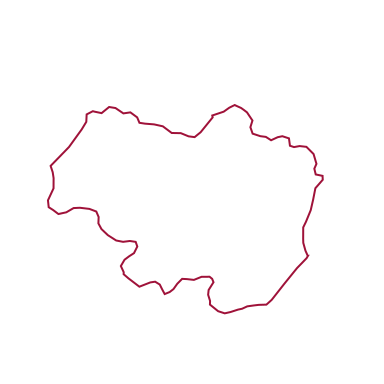 outline of Ljungby, Kronoberg, Sweden, rotated 39°
{"feature_id": "70781695B43314679953791", "entity_name": "Ljungby", "entity_type": "district", "adm_level": 2, "iso_a3": "SWE", "parent_name": "Sweden", "parent_adm1": "Kronoberg", "projection": "mercator", "projection_center": [13.859, 56.853], "detail": "fine", "context": "isolated", "style": "outline", "palette": "rose", "viewbox_px": 384, "rotation_deg": 39, "n_neighbors": 0, "source": "geoboundaries", "source_scale": "gbopen_adm2", "svg_char_len": 1594}
<svg xmlns="http://www.w3.org/2000/svg" viewBox="0 0 384 384"><g transform="rotate(39 192 192)"><path d="M65.7,190.9L64.1,191.6L61.3,198.0L65.7,204.0L66.9,212.8L68.1,234.4L65.7,260.7L71.3,264.3L75.7,268.3L82.1,276.3L85.3,289.1L90.2,294.0L95.5,293.4L102.0,293.2L107.1,286.9L110.1,279.0L114.8,274.8L122.9,269.7L129.9,267.4L135.2,270.2L139.0,275.3L145.0,277.8L153.8,278.5L163.6,277.4L169.8,274.1L174.5,269.2L179.6,266.2L183.8,268.8L185.4,276.0L183.6,281.5L182.2,287.1L183.3,294.3L189.4,297.3L190.6,298.9L196.9,299.1L210.7,298.7L216.5,288.5L219.8,284.9L225.2,284.2L230.0,286.4L235.0,288.5L237.6,283.8L238.7,279.1L238.3,272.6L239.0,265.7L243.0,262.8L248.8,259.1L252.8,251.9L259.0,246.8L262.3,246.8L265.5,248.6L266.6,257.7L269.2,261.7L274.6,265.3L276.8,268.2L287.3,268.2L293.8,265.7L297.5,261.0L301.8,254.4L304.4,251.2L306.9,246.1L311.3,241.4L314.9,237.7L320.7,232.7L321.8,225.8L321.8,224.8L321.5,205.3L321.5,185.1L322.7,171.4L322.3,168.7L322.2,168.8L317.1,166.2L310.5,161.5L308.0,158.6L300.7,149.5L299.3,143.4L295.7,131.4L290.9,121.6L285.5,111.4L285.9,100.2L283.3,97.3L277.1,100.5L272.4,96.9L271.0,91.8L262.6,86.0L252.5,84.9L246.7,88.6L243.0,92.9L239.0,94.4L233.6,89.3L227.1,91.8L224.1,95.5L220.9,102.0L214.7,102.7L210.0,105.6L202.4,108.5L196.6,104.9L194.0,98.4L184.6,95.5L180.7,95.6L177.3,95.8L170.4,97.6L167.9,103.1L166.1,109.6L159.6,119.8L161.1,121.0L161.1,140.1L159.5,147.7L154.3,150.9L146.3,153.3L139.1,158.9L128.0,159.3L120.0,163.3L112.4,168.5L107.6,171.3L102.4,168.5L94.0,168.9L89.2,174.1L79.7,174.9L74.1,178.1L72.1,187.6L65.7,190.9Z" fill="none" stroke="#9f1239" stroke-width="2"/></g></svg>